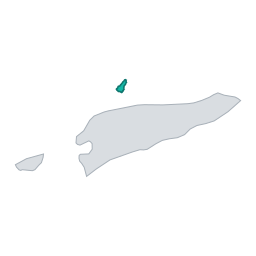 Atauro, Dili, East Timor (highlighted)
{"feature_id": "22284137B11289182458696", "entity_name": "Atauro", "entity_type": "district", "adm_level": 2, "iso_a3": "TLS", "parent_name": "East Timor", "parent_adm1": "Dili", "projection": "albers", "projection_center": [125.573, -8.218], "detail": "fine", "context": "in_parent", "style": "filled", "palette": "teal", "viewbox_px": 256, "rotation_deg": 0, "n_neighbors": 0, "source": "geoboundaries", "source_scale": "gbopen_adm2", "svg_char_len": 2794}
<svg xmlns="http://www.w3.org/2000/svg" viewBox="0 0 256 256"><path d="M86.6,176.4L84.2,167.3L81.7,163.4L79.7,161.2L79.0,158.5L79.1,155.6L80.3,154.3L88.8,153.9L92.2,149.2L92.1,143.6L90.4,141.7L88.8,140.9L80.0,145.1L77.5,144.4L76.0,142.9L76.5,136.6L83.7,130.8L89.8,120.2L94.1,116.0L104.1,112.0L108.2,110.9L137.4,105.1L144.4,104.7L162.9,104.9L187.7,103.7L193.8,102.9L201.8,100.4L209.5,97.2L213.6,94.7L217.9,92.9L224.2,95.2L235.0,97.0L237.9,98.5L240.6,100.6L228.0,111.7L214.2,120.9L205.7,123.6L196.9,125.5L190.2,129.0L184.6,134.6L177.4,137.7L169.2,138.8L162.3,140.4L156.0,143.7L147.2,149.3L143.6,149.9L139.9,149.7L132.6,151.9L110.0,159.9L96.4,168.9L86.6,176.4ZM15.4,164.7L26.5,158.7L43.5,154.0L43.1,157.4L41.4,162.7L38.8,165.2L34.9,169.7L32.4,170.7L22.2,169.7L20.8,170.4L19.1,169.9L16.5,167.1L15.4,164.7ZM126.5,80.5L121.9,92.5L116.9,89.9L122.2,83.2L124.8,81.2L126.5,80.5Z" fill="#d9dde1" stroke="#a8b0b8" stroke-width="1"/><path d="M125.6,79.6L125.4,79.7L125.1,79.8L124.9,79.9L124.7,79.9L124.7,80.0L124.4,80.3L124.2,80.5L123.9,81.0L123.5,81.4L123.2,81.7L123.1,81.9L122.9,81.9L122.7,82.0L122.5,82.6L122.4,82.9L122.2,83.1L122.0,83.3L121.9,83.3L121.6,83.7L121.5,83.8L121.4,84.0L121.2,84.2L121.1,84.4L120.9,84.4L120.8,84.5L120.7,84.6L120.6,84.8L120.6,85.0L120.4,85.2L120.3,85.3L120.2,85.3L120.1,85.5L120.0,85.8L119.9,86.0L119.7,86.1L119.4,86.2L119.2,86.2L118.9,86.1L118.7,86.2L118.4,86.3L118.2,86.4L118.1,86.6L118.0,86.8L117.9,87.1L117.9,87.3L117.9,87.7L117.8,87.8L117.7,87.9L117.7,88.0L117.3,88.3L117.2,88.4L117.1,88.5L117.1,88.4L117.0,88.5L116.7,88.7L116.6,88.8L116.5,89.0L116.4,89.1L116.5,89.2L116.5,89.3L116.6,89.5L116.7,89.8L116.8,89.8L116.8,90.0L117.0,90.1L117.2,90.3L117.3,90.4L117.4,90.5L117.5,90.5L117.7,90.8L117.8,90.8L117.9,91.0L118.0,91.0L118.3,91.3L118.4,91.5L118.6,91.5L118.9,91.5L119.0,91.5L119.4,91.5L119.5,91.5L119.8,91.5L120.0,91.5L120.2,91.8L120.3,91.8L120.5,91.8L120.6,92.0L120.8,92.1L121.0,92.1L121.3,92.1L121.5,92.1L121.6,92.3L121.7,92.2L121.7,92.3L121.8,92.3L121.8,92.2L122.0,92.1L122.2,91.9L122.3,91.9L122.5,91.7L122.8,91.3L122.8,91.1L123.0,90.9L123.2,90.7L123.3,90.7L123.4,90.4L123.3,90.2L123.5,90.0L123.4,90.0L123.5,89.9L123.6,89.6L123.7,89.4L123.7,89.2L123.8,89.0L123.8,88.9L123.9,88.7L123.8,88.1L123.8,87.9L123.8,87.7L123.9,87.3L123.8,87.2L123.8,86.9L123.9,86.5L124.0,86.3L124.0,86.2L124.1,85.9L124.2,85.7L124.3,85.6L124.5,85.3L124.6,85.2L124.8,85.2L125.0,84.9L125.1,84.7L125.3,84.5L125.4,84.4L125.5,84.3L125.6,84.1L125.6,83.9L125.6,83.7L125.7,83.4L125.8,83.3L125.9,83.2L126.0,83.1L126.1,82.8L126.1,82.7L126.1,82.4L126.1,82.2L126.1,82.3L126.1,82.2L126.3,82.2L126.2,82.0L126.1,81.7L126.0,81.3L126.1,81.1L126.1,80.9L126.1,80.7L126.0,80.4L125.9,80.3L126.0,80.1L125.9,80.0L125.8,79.8L125.8,79.7L125.7,79.6L125.6,79.6Z" fill="#14b8a6" stroke="#0f766e" stroke-width="1.5"/></svg>